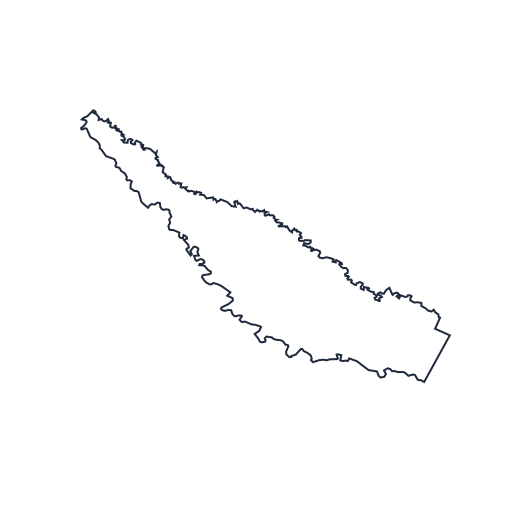 San José La Máquina, Suchitepéquez, Guatemala (Equal Earth projection), rotated 109°
{"feature_id": "79465075B14696818502524", "entity_name": "San José La Máquina", "entity_type": "district", "adm_level": 2, "iso_a3": "GTM", "parent_name": "Guatemala", "parent_adm1": "Suchitepéquez", "projection": "equal_earth", "projection_center": [-91.607, 14.266], "detail": "fine", "context": "isolated", "style": "outline", "palette": "slate", "viewbox_px": 512, "rotation_deg": 109, "n_neighbors": 0, "source": "geoboundaries", "source_scale": "gbopen_adm2", "svg_char_len": 6127}
<svg xmlns="http://www.w3.org/2000/svg" viewBox="0 0 512 512"><g transform="rotate(109 256 256)"><path d="M254.4,61.9L254.3,63.3L251.9,64.6L250.9,68.2L248.9,70.4L251.3,71.9L251.6,75.3L250.3,78.6L249.4,83.4L246.5,84.3L247.3,88.7L248.5,91.2L247.7,95.7L245.7,96.3L243.4,95.8L243.0,97.1L243.6,99.5L244.9,99.6L246.2,101.7L246.0,106.2L249.5,106.9L248.4,109.9L247.5,109.5L246.4,107.6L245.6,108.4L244.7,110.8L246.4,113.2L248.2,114.0L248.0,114.6L242.7,119.6L245.8,121.8L250.1,122.9L250.4,124.7L249.8,126.4L251.8,128.5L252.8,127.4L252.9,125.0L253.7,123.6L255.9,125.8L258.1,124.3L258.6,124.8L258.2,127.0L258.5,129.0L256.9,130.2L255.6,128.9L254.0,128.8L253.4,132.5L251.8,132.9L252.3,135.8L251.6,139.6L251.0,140.0L250.0,138.6L249.5,139.1L250.2,143.8L253.0,143.1L252.7,146.3L251.1,146.9L248.1,145.7L247.1,146.5L246.8,149.3L249.1,152.0L250.8,151.9L251.0,153.5L249.9,157.6L248.0,157.4L247.4,158.3L248.5,161.5L247.4,162.4L245.4,161.4L244.9,162.2L245.7,165.0L244.1,165.9L241.9,163.8L239.4,164.6L238.0,167.2L239.1,169.7L238.5,171.9L236.7,174.6L236.1,174.4L235.6,172.2L234.8,172.8L233.7,178.8L234.5,179.4L236.1,178.6L236.3,181.8L233.9,181.6L233.8,184.9L234.3,189.1L236.6,192.6L236.7,195.4L235.8,196.9L232.0,196.3L230.8,197.2L230.3,200.9L231.8,203.7L230.7,203.7L230.4,204.6L232.7,204.4L233.2,205.5L230.7,206.0L229.6,207.9L230.6,208.4L230.8,209.4L230.2,212.8L230.6,214.7L228.2,214.7L227.7,210.4L225.4,208.7L223.5,209.3L225.0,214.8L226.1,215.6L227.5,219.7L227.0,220.6L224.9,221.0L224.0,218.9L223.0,219.4L221.9,221.5L219.7,220.9L219.0,223.8L219.5,225.3L218.1,226.1L218.9,227.3L217.6,228.7L220.1,230.0L221.9,229.6L220.9,232.8L217.9,236.2L219.0,237.1L218.3,237.8L220.9,244.9L217.3,241.5L216.6,241.7L216.8,245.5L217.5,246.8L216.9,248.7L216.3,249.3L215.0,248.1L215.2,249.2L214.2,251.7L212.9,251.3L212.0,252.9L213.0,256.5L212.3,257.4L214.8,260.0L214.8,260.9L212.6,261.9L210.9,260.0L211.1,262.9L210.1,263.3L212.0,264.9L212.1,266.8L212.8,267.2L211.8,269.8L214.6,271.2L214.0,272.0L213.9,273.3L212.5,274.5L213.6,276.1L213.2,280.7L214.9,283.3L211.8,287.9L211.6,289.0L212.6,289.9L210.2,291.7L211.2,292.4L211.0,293.5L212.1,294.1L216.0,291.3L216.8,295.2L214.3,300.7L214.0,308.1L215.8,308.6L216.8,310.6L217.6,310.7L215.3,312.9L215.3,313.6L216.6,314.5L214.6,315.7L217.6,321.4L215.3,325.2L216.2,328.8L214.1,328.6L214.1,330.6L214.9,332.0L214.5,333.1L217.3,333.3L217.3,334.7L215.4,334.5L215.4,338.3L216.4,339.7L216.3,341.0L217.0,341.2L215.5,344.6L213.7,344.2L214.7,345.8L214.5,347.0L215.6,348.5L215.5,349.7L211.7,350.3L212.8,352.2L211.9,352.7L212.0,353.8L213.9,355.5L213.5,355.9L213.7,357.6L212.8,357.4L213.0,358.9L212.2,359.2L211.9,361.0L209.6,362.4L209.4,363.2L211.0,364.8L209.4,365.1L210.1,367.6L208.7,368.0L208.5,367.0L207.1,371.6L202.0,372.1L201.6,375.2L201.1,374.2L200.8,374.8L202.9,378.6L202.3,379.0L200.0,377.2L198.1,379.7L197.3,379.7L196.7,382.8L195.9,382.8L194.5,381.1L193.1,383.5L190.0,383.9L191.8,384.7L189.2,391.0L189.7,394.7L190.6,396.9L191.7,395.9L192.2,396.9L189.6,400.2L189.0,399.7L188.9,398.6L187.7,398.8L187.7,401.2L186.8,401.3L186.3,402.7L185.9,406.7L188.2,407.4L189.7,406.6L190.3,407.9L190.0,410.8L188.9,411.6L186.6,410.6L186.1,411.9L186.5,413.5L188.0,414.9L190.7,414.4L191.7,417.7L190.1,420.4L189.3,418.0L187.9,417.9L186.2,420.1L186.0,422.3L185.3,422.7L184.4,421.0L183.7,423.0L182.2,423.9L182.8,424.9L182.6,426.1L180.8,427.1L181.3,428.1L182.6,428.0L182.3,429.2L180.8,428.7L180.4,429.5L180.8,430.6L178.6,431.0L178.7,431.7L180.6,432.0L181.6,433.8L181.0,436.1L177.3,436.6L177.2,437.2L178.2,438.4L177.9,439.6L176.3,439.1L174.7,440.4L177.2,441.8L178.2,443.5L177.8,445.2L176.7,446.5L178.6,449.0L176.1,449.6L174.0,452.8L173.5,456.1L172.1,454.5L171.3,455.8L171.3,457.4L178.8,461.0L181.9,464.3L183.6,465.1L183.2,461.9L183.4,460.6L184.3,459.8L188.1,460.6L191.9,463.0L193.0,462.5L192.9,461.3L191.0,459.5L190.7,457.6L197.5,451.3L198.5,445.4L200.1,441.9L202.3,439.7L205.1,438.7L206.0,436.4L210.4,430.3L210.5,422.5L210.9,420.8L214.0,418.1L216.4,418.4L217.3,417.5L217.1,413.9L219.5,411.1L220.8,406.6L223.3,403.9L225.8,403.5L226.4,402.6L225.4,399.6L225.9,397.7L228.9,397.9L232.8,396.7L234.1,392.1L233.4,390.1L233.8,387.8L242.0,382.1L242.9,380.5L245.5,373.8L242.5,372.9L240.9,371.5L240.3,368.4L237.7,366.7L237.2,364.2L240.9,362.3L242.3,360.3L242.5,358.4L241.1,356.3L240.7,353.5L241.4,352.5L243.4,351.8L246.1,348.9L249.8,350.0L252.5,348.0L256.1,348.6L259.0,346.8L259.2,345.2L258.4,342.8L258.8,336.1L262.3,335.3L263.5,333.4L262.8,330.9L259.8,331.3L260.0,329.2L260.9,327.3L262.1,326.9L264.3,329.5L267.5,323.6L269.9,322.3L271.8,324.0L272.8,323.8L276.9,318.0L275.1,317.3L272.7,319.7L267.6,317.9L267.0,316.5L267.4,313.5L268.1,312.8L271.5,312.7L274.1,310.2L276.1,314.7L279.4,312.0L279.9,310.4L277.0,307.6L276.8,304.7L278.4,302.7L279.2,302.7L281.2,304.7L282.0,306.7L283.2,306.7L282.1,303.0L282.2,301.3L285.0,296.5L285.3,293.8L287.0,293.1L288.3,294.0L291.5,300.1L293.7,300.1L295.8,297.1L297.2,294.9L297.9,290.4L297.2,288.8L295.4,287.6L295.2,283.4L295.6,279.1L298.7,268.4L302.9,270.2L303.4,264.8L304.3,263.8L305.9,263.5L310.5,266.4L315.9,271.9L317.3,271.9L318.0,271.0L318.2,268.1L315.8,264.0L315.4,261.8L318.4,259.6L319.7,257.3L319.8,255.9L318.1,253.5L317.0,250.3L317.5,249.7L321.6,250.8L322.9,248.5L322.9,247.3L321.6,245.2L322.1,238.1L321.3,234.3L321.2,228.6L321.5,228.1L325.7,228.6L330.2,231.9L333.1,227.2L335.7,224.4L335.9,222.9L334.1,219.5L332.6,219.5L331.2,220.9L328.8,220.0L327.8,214.5L328.6,212.7L328.7,210.1L327.6,205.2L327.7,203.7L328.2,202.2L330.1,199.6L330.0,196.6L330.9,196.0L336.6,196.4L339.0,195.4L340.7,192.0L340.6,190.9L339.9,189.8L339.1,190.0L336.3,186.3L329.3,183.3L328.9,182.1L330.4,179.7L330.8,175.9L332.3,171.7L335.1,169.8L336.5,170.2L337.8,167.5L333.9,162.3L332.1,158.5L331.5,155.0L329.8,152.9L327.0,145.6L326.3,145.2L322.9,147.7L322.2,146.4L322.0,143.0L327.2,142.4L327.1,139.9L325.6,136.7L325.5,135.0L322.5,134.5L322.6,126.4L327.2,112.5L325.8,104.0L329.2,101.2L330.4,98.7L328.4,95.4L325.2,94.7L322.6,97.7L319.4,95.1L319.2,92.3L320.6,89.9L319.6,87.0L319.6,84.1L317.8,79.2L317.9,77.0L319.7,72.9L316.9,68.9L316.7,67.0L320.2,63.0L320.4,62.1L319.7,59.4L320.4,56.0L267.9,46.9L266.5,63.0L254.4,61.9Z" fill="none" stroke="#1e293b" stroke-width="2"/></g></svg>